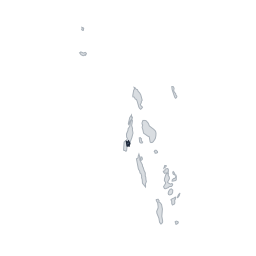 location of West Kwara'ae, Malaita, Solomon Islands, rotated 215°
{"feature_id": "97153195B25231511740038", "entity_name": "West Kwara'ae", "entity_type": "district", "adm_level": 2, "iso_a3": "SLB", "parent_name": "Solomon Islands", "parent_adm1": "Malaita", "projection": "equal_earth", "projection_center": [160.683, -8.662], "detail": "fine", "context": "in_parent", "style": "filled", "palette": "slate", "viewbox_px": 256, "rotation_deg": 215, "n_neighbors": 0, "source": "geoboundaries", "source_scale": "gbopen_adm2", "svg_char_len": 4314}
<svg xmlns="http://www.w3.org/2000/svg" viewBox="0 0 256 256"><g transform="rotate(215 128 128)"><path d="M101.9,129.3L105.6,133.0L107.2,132.7L112.2,132.7L115.1,135.3L116.8,136.6L117.7,138.9L118.9,139.4L119.6,140.6L120.1,142.8L118.3,144.0L117.2,144.3L114.3,143.6L111.6,141.9L106.2,141.7L103.7,141.2L102.8,140.5L102.0,139.7L100.7,137.6L99.7,135.3L99.5,133.8L99.5,131.2L99.8,130.2L100.8,129.2L101.9,129.3ZM118.9,107.3L123.1,114.2L122.9,115.4L122.4,116.2L122.2,118.5L122.7,119.3L123.9,119.7L125.8,122.2L126.7,126.1L127.5,127.5L127.5,130.3L129.4,134.3L129.6,136.2L129.4,137.1L128.6,136.6L126.4,132.1L123.9,130.1L123.6,129.3L121.0,126.7L119.3,122.2L117.4,114.4L118.3,112.5L116.2,108.7L116.3,107.7L117.8,107.8L118.1,107.4L118.9,107.3ZM103.5,110.8L104.1,112.9L101.8,111.0L100.1,108.7L95.1,106.1L94.0,104.8L93.2,104.6L90.6,102.5L88.1,101.1L86.2,98.4L85.3,98.0L83.7,96.0L82.2,94.6L81.7,92.1L80.2,90.4L79.8,89.7L84.5,91.1L86.7,93.8L88.6,95.3L89.2,96.4L90.9,97.9L92.4,98.1L94.0,99.6L95.3,100.0L96.4,100.8L103.4,107.6L102.6,109.4L103.5,110.8ZM135.3,154.8L137.4,156.2L138.7,155.9L140.5,156.9L141.9,156.3L142.8,157.5L145.0,162.2L145.0,163.7L146.4,164.8L145.2,165.0L143.5,164.4L142.2,164.8L140.8,163.9L138.5,163.4L136.5,162.4L132.3,158.9L132.3,157.2L131.6,156.4L131.4,154.2L129.9,153.6L128.1,153.4L128.0,152.4L128.3,150.6L129.6,150.7L131.2,151.4L135.3,154.8ZM63.2,84.8L63.8,85.6L62.5,86.9L60.7,86.2L60.3,85.0L59.1,85.3L56.7,84.6L53.3,81.3L49.7,75.1L46.3,71.7L45.6,70.6L45.6,68.9L46.0,68.2L48.1,68.9L50.9,71.8L55.4,74.7L56.7,76.2L57.5,79.8L58.2,80.9L60.7,83.6L63.2,84.8ZM68.0,105.7L69.1,107.6L70.3,111.7L70.1,113.2L69.2,113.3L69.0,114.2L67.8,112.1L66.2,111.6L65.0,110.3L64.5,106.3L63.6,106.1L61.0,106.4L60.2,107.8L59.0,107.4L58.7,106.2L58.9,105.0L60.5,103.8L60.8,102.3L62.4,99.8L63.4,99.3L65.2,100.3L65.4,103.9L66.1,105.1L68.0,105.7ZM115.9,187.0L114.8,187.8L113.7,187.4L112.9,186.8L112.2,185.1L110.8,184.0L108.7,183.5L107.6,182.4L106.2,182.1L105.8,181.1L105.9,180.1L106.2,179.6L107.5,180.1L113.8,184.7L115.9,187.0ZM49.7,98.4L49.3,98.7L48.8,97.4L48.4,97.1L48.4,95.7L46.6,93.4L46.5,91.9L47.5,90.4L48.8,91.2L50.2,93.1L51.7,93.8L51.4,95.0L50.0,97.3L49.7,98.4ZM58.3,102.0L57.6,103.0L55.7,102.8L54.3,100.5L54.3,98.7L55.4,97.1L56.7,96.8L57.5,97.4L58.2,98.8L58.4,100.5L58.3,102.0ZM73.9,115.8L72.2,117.6L71.0,117.0L70.0,115.5L70.5,113.1L71.5,112.6L72.0,111.8L73.9,112.4L74.3,112.9L73.2,114.0L73.8,115.0L73.9,115.8ZM210.3,163.3L207.5,163.8L206.4,165.4L204.9,165.3L204.5,163.9L204.5,163.2L205.2,163.4L205.6,162.0L206.5,161.4L208.4,161.1L210.8,161.8L210.2,163.0L210.3,163.3ZM132.5,137.4L132.6,140.7L131.3,138.9L130.7,139.5L130.1,138.7L130.2,134.8L129.3,131.2L130.1,131.5L132.5,137.4ZM61.7,116.5L61.7,116.8L60.7,116.2L58.7,113.1L59.0,112.1L60.9,110.1L61.5,109.8L62.0,111.0L61.6,112.9L60.9,113.3L60.7,115.1L61.7,116.5ZM109.0,123.0L110.4,123.2L113.1,126.3L112.5,127.2L111.2,126.7L110.8,126.9L110.4,125.9L109.1,125.0L107.9,124.9L107.8,123.8L109.0,123.0ZM92.3,125.9L90.3,125.6L89.7,124.8L90.4,123.6L91.3,122.9L92.1,123.6L93.0,123.7L93.1,125.2L92.3,125.9ZM35.1,79.4L33.4,80.0L32.4,79.2L32.8,77.5L33.4,76.6L35.6,78.2L35.1,79.4ZM100.8,111.8L100.0,112.1L98.8,111.3L98.3,110.5L98.5,109.3L99.2,108.8L100.0,109.6L100.1,110.5L100.8,111.8ZM223.6,184.0L222.1,184.4L221.5,184.3L220.6,182.3L221.3,181.9L222.4,182.0L222.7,183.2L223.6,184.0ZM66.0,117.5L66.0,118.3L65.0,118.1L62.8,116.9L62.8,116.3L64.0,116.1L64.9,116.3L66.0,117.5ZM48.4,102.3L48.1,104.6L47.2,101.8L47.3,99.5L47.7,99.2L48.4,102.3ZM76.4,118.4L75.1,119.1L74.7,118.2L75.6,115.7L76.4,118.4Z" fill="#d9dde1" stroke="#a8b0b8" stroke-width="1"/><path d="M118.5,113.0L118.4,113.1L118.3,113.3L118.3,113.2L118.3,113.3L118.3,113.2L118.2,113.2L117.9,113.2L117.9,113.3L117.8,113.5L117.7,113.5L117.6,113.8L117.5,114.0L117.4,114.0L117.2,114.0L117.2,114.3L117.3,114.3L117.2,114.3L117.3,114.4L117.2,114.4L117.3,114.4L117.2,114.4L117.2,114.5L117.3,114.6L117.4,114.8L117.4,115.0L117.4,115.3L117.5,115.3L117.4,115.3L117.5,115.3L117.5,115.5L117.7,115.8L117.8,115.8L117.8,116.0L117.7,116.1L117.7,116.3L117.8,116.4L117.8,116.5L118.0,116.6L118.3,116.7L118.4,116.8L118.8,117.0L119.3,117.2L120.1,117.6L120.1,116.8L120.1,116.2L120.4,116.1L120.9,115.9L121.1,115.9L121.3,115.9L120.3,114.8L119.7,114.2L118.9,113.3L118.8,113.2L118.7,113.3L118.7,113.2L118.5,113.0Z" fill="#64748b" stroke="#1e293b" stroke-width="1.5"/></g></svg>